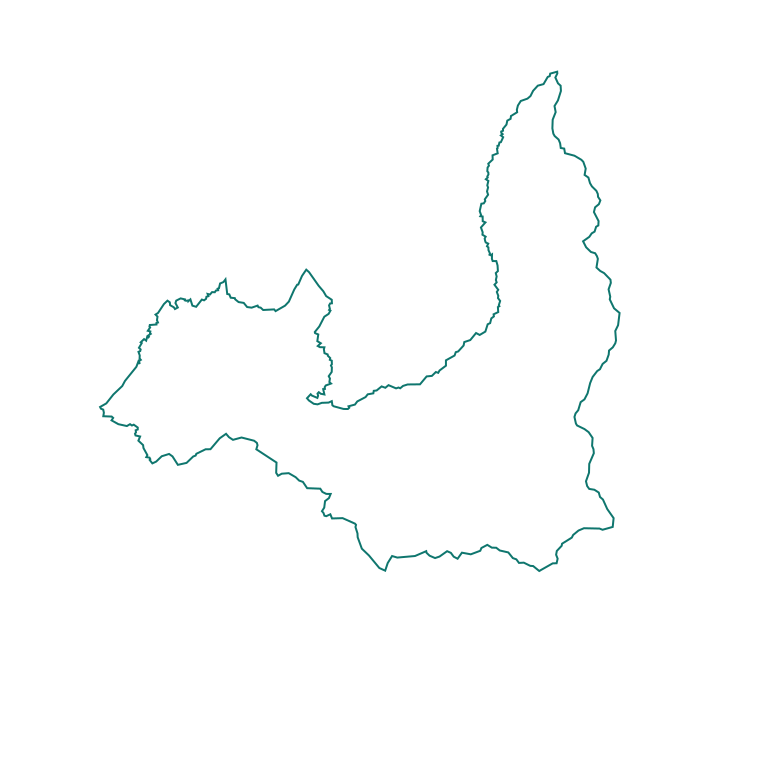 Tulnici, Vrancea, Romania (Albers equal-area conic projection), rotated 159°
{"feature_id": "2599482B64394491062191", "entity_name": "Tulnici", "entity_type": "district", "adm_level": 2, "iso_a3": "ROU", "parent_name": "Romania", "parent_adm1": "Vrancea", "projection": "albers", "projection_center": [26.524, 45.947], "detail": "fine", "context": "isolated", "style": "outline", "palette": "teal", "viewbox_px": 768, "rotation_deg": 159, "n_neighbors": 0, "source": "geoboundaries", "source_scale": "gbopen_adm2", "svg_char_len": 6166}
<svg xmlns="http://www.w3.org/2000/svg" viewBox="0 0 768 768"><g transform="rotate(159 384 384)"><path d="M110.4,613.5L117.6,614.2L119.0,612.0L121.1,612.0L127.6,606.8L133.5,607.4L139.7,604.3L144.1,600.3L147.8,599.0L154.9,599.2L159.2,596.0L161.7,592.4L162.3,590.0L169.4,588.7L170.8,586.2L174.5,585.7L176.7,582.3L181.5,579.6L182.1,577.8L184.1,577.7L184.5,576.5L183.7,574.8L185.8,574.2L184.3,571.7L188.2,567.9L189.7,568.1L191.5,565.4L192.7,565.7L193.4,563.5L194.2,563.2L195.2,558.6L200.7,558.6L202.1,554.6L207.7,552.3L207.8,550.2L209.7,549.0L211.3,545.6L210.8,544.1L211.4,542.2L213.2,540.7L213.2,539.6L215.5,538.7L213.8,536.2L216.4,532.4L216.4,530.2L218.8,526.9L219.0,523.4L223.7,520.3L223.9,518.5L226.1,516.9L228.5,517.4L232.7,511.1L232.8,506.9L233.9,506.1L231.9,505.0L233.5,500.6L231.4,498.5L237.4,495.4L237.5,490.3L238.6,488.1L236.3,485.1L237.9,483.7L238.3,481.2L238.3,479.7L236.4,477.7L238.5,475.7L237.6,474.1L238.5,471.5L238.3,467.9L239.2,466.9L238.2,465.9L236.7,466.3L238.4,462.2L238.5,459.8L235.1,458.5L235.5,454.0L237.2,448.6L239.9,447.5L240.3,444.0L242.3,441.0L242.4,438.5L245.3,437.1L243.6,431.0L245.7,429.5L245.7,425.4L246.8,423.4L245.8,419.9L248.6,416.4L248.4,415.3L250.1,415.0L251.6,410.2L256.7,409.8L257.2,407.7L260.3,406.8L263.1,402.8L265.8,402.6L270.6,396.6L277.1,395.5L279.8,398.6L287.7,394.1L294.0,394.4L295.9,391.4L303.1,387.8L305.6,388.0L307.9,385.3L317.7,383.9L319.6,378.9L327.3,376.7L329.4,375.0L331.3,376.6L336.4,374.4L341.5,375.8L350.5,370.8L362.1,375.1L366.9,375.4L370.4,374.2L371.7,375.5L374.3,375.6L380.2,381.3L384.1,380.0L387.1,382.6L393.2,380.6L396.0,381.3L397.3,379.1L402.9,380.2L405.9,378.4L415.2,377.3L418.5,375.2L425.1,375.9L424.9,374.3L426.7,373.6L430.7,375.2L438.9,381.2L439.8,382.6L438.9,386.7L442.4,386.5L448.8,388.7L453.3,388.8L456.7,390.7L460.0,395.5L461.0,398.3L456.1,400.7L455.5,399.1L451.2,394.9L449.7,396.7L449.5,398.9L447.8,399.7L446.6,397.6L443.4,395.6L442.6,401.0L440.9,400.6L440.5,402.3L438.9,403.5L433.3,403.4L434.3,405.4L432.5,408.5L432.8,411.1L428.5,414.0L426.7,418.2L426.9,420.3L425.6,421.1L424.4,424.5L425.9,426.0L424.9,427.5L426.3,430.5L426.0,431.8L428.5,434.1L427.7,437.9L426.5,439.6L430.7,441.4L432.2,443.2L428.4,444.7L430.9,447.9L427.6,453.8L430.1,456.2L430.0,457.3L423.8,460.9L415.6,468.2L410.6,469.3L407.7,471.7L408.7,472.8L407.6,473.5L407.1,477.1L405.4,478.5L403.7,478.0L402.6,481.4L406.5,486.8L407.4,492.3L409.8,499.1L413.9,515.3L415.6,518.6L421.8,514.3L428.4,507.6L429.5,507.8L433.9,504.4L443.3,495.0L448.3,492.6L459.1,490.9L459.8,493.0L470.3,496.4L471.8,499.5L473.7,500.7L473.9,502.5L480.2,502.7L484.2,504.9L485.9,510.0L490.4,512.6L492.6,516.4L492.5,517.6L496.2,519.5L496.3,523.1L498.1,524.2L494.5,538.5L497.4,536.7L501.0,536.6L503.8,532.5L505.2,532.6L505.3,531.0L507.4,531.5L509.1,530.3L511.6,531.4L514.4,529.9L516.4,531.3L516.5,528.9L518.5,529.1L519.6,527.3L522.0,526.6L523.8,528.1L531.7,523.4L534.8,525.8L534.4,532.4L537.0,531.4L536.8,532.2L538.9,532.6L540.0,533.5L539.5,534.3L543.2,536.8L548.1,536.3L549.7,534.3L549.1,529.3L552.3,528.9L552.7,530.9L555.4,534.2L554.7,537.0L556.3,539.4L560.8,537.5L569.5,531.3L572.4,530.7L571.3,528.1L573.1,524.9L573.0,522.4L574.6,522.5L575.1,521.1L581.5,523.0L582.4,521.6L582.1,520.6L585.4,518.3L583.3,516.8L584.2,515.4L583.8,514.4L587.0,513.7L586.5,512.4L587.3,511.9L588.2,512.9L590.5,509.7L591.9,511.9L596.2,510.1L595.5,509.0L599.8,505.6L598.8,503.5L599.8,502.1L601.7,502.0L601.8,498.2L603.0,495.5L602.4,493.7L604.3,493.4L605.0,490.2L605.2,493.1L609.0,488.8L624.7,479.7L629.1,475.9L640.4,471.2L650.2,465.4L657.3,464.3L657.1,462.4L655.3,460.7L655.8,457.6L657.6,454.5L649.9,451.2L649.0,449.4L651.4,447.7L646.4,441.7L639.1,436.9L635.5,437.5L634.2,435.6L632.2,435.7L629.5,431.6L630.2,429.8L632.4,429.8L632.9,427.7L634.3,426.8L634.4,425.0L630.5,422.4L633.6,419.1L630.8,413.3L631.5,410.4L630.4,402.4L632.1,400.9L629.3,399.3L629.1,397.6L630.0,397.1L628.7,392.9L624.5,393.2L617.4,396.2L609.7,395.7L607.4,392.2L605.4,382.4L596.6,381.1L588.1,384.7L585.5,384.7L584.2,386.1L573.9,387.0L569.4,385.3L556.8,392.2L549.3,394.1L547.8,389.9L545.0,386.0L536.2,385.1L525.6,377.6L523.8,374.6L524.0,372.2L526.6,368.8L512.5,349.2L516.5,339.7L515.8,336.3L511.6,336.9L504.9,334.9L499.9,328.7L497.8,324.2L494.8,321.7L493.1,314.3L481.0,309.1L480.2,305.3L477.3,302.1L473.2,300.5L476.3,297.2L481.0,295.8L484.1,290.0L487.5,287.5L486.7,285.3L486.8,282.4L485.3,281.3L480.8,281.6L480.7,277.1L470.7,273.6L461.1,264.0L460.6,262.5L461.9,260.7L462.3,254.0L463.5,250.4L463.7,238.2L459.5,229.3L454.3,213.9L449.8,209.3L444.7,215.5L438.1,220.5L433.8,217.2L416.7,212.3L404.5,212.8L404.8,211.2L403.0,207.4L398.7,203.2L394.0,203.0L385.0,205.3L382.1,202.4L380.8,197.8L377.9,194.5L371.7,198.6L364.0,193.9L353.9,193.8L351.8,196.0L345.2,196.8L342.0,192.6L337.9,190.9L335.6,187.1L328.3,182.2L326.1,175.3L323.3,172.9L322.1,168.6L317.5,167.1L312.6,161.8L310.0,160.6L306.1,153.8L290.8,156.1L287.1,154.8L284.5,158.7L284.5,162.9L282.5,166.2L276.1,169.3L275.0,171.1L263.7,173.3L261.5,175.3L254.9,177.5L249.0,177.7L234.6,171.8L232.2,169.6L221.7,168.6L217.7,176.5L220.4,187.3L221.0,197.7L222.8,201.1L222.4,205.7L225.5,209.9L230.0,212.5L230.9,215.9L230.3,220.8L224.4,227.7L221.0,235.9L212.9,244.2L211.8,248.1L211.9,251.7L208.6,258.9L210.2,265.7L213.0,270.1L218.6,276.1L219.0,278.3L218.0,285.0L215.7,287.9L212.1,289.9L206.9,296.6L202.4,297.8L197.3,302.3L191.2,311.0L186.7,315.8L180.3,319.7L177.1,320.4L172.7,324.4L168.0,325.9L163.7,330.9L161.9,334.6L157.3,336.2L153.5,339.1L151.8,341.5L149.1,350.6L144.4,355.0L138.6,365.9L142.1,372.2L142.9,382.1L141.5,384.4L140.4,391.9L136.0,397.1L135.2,400.2L138.8,408.7L141.6,412.0L143.9,416.6L139.5,424.2L139.4,427.1L140.0,430.4L143.5,433.1L146.3,439.2L147.0,445.9L139.6,447.8L136.1,450.2L132.8,450.8L129.6,454.8L127.1,455.2L125.3,459.2L126.4,469.3L123.6,473.3L118.9,474.9L116.2,477.9L117.1,482.0L116.3,484.8L116.5,488.2L119.1,494.0L119.7,497.7L119.2,503.5L121.8,507.3L118.5,512.8L118.3,520.0L119.4,522.6L124.4,528.9L132.3,534.6L131.4,539.2L134.4,541.0L133.3,545.7L133.4,549.7L135.8,554.3L136.2,557.0L135.2,562.3L131.8,570.3L126.3,576.3L125.2,582.4L120.0,586.4L113.8,594.2L112.2,599.2L113.8,602.3L114.2,608.7L110.9,611.8L110.4,613.5Z" fill="none" stroke="#0f766e" stroke-width="2"/></g></svg>